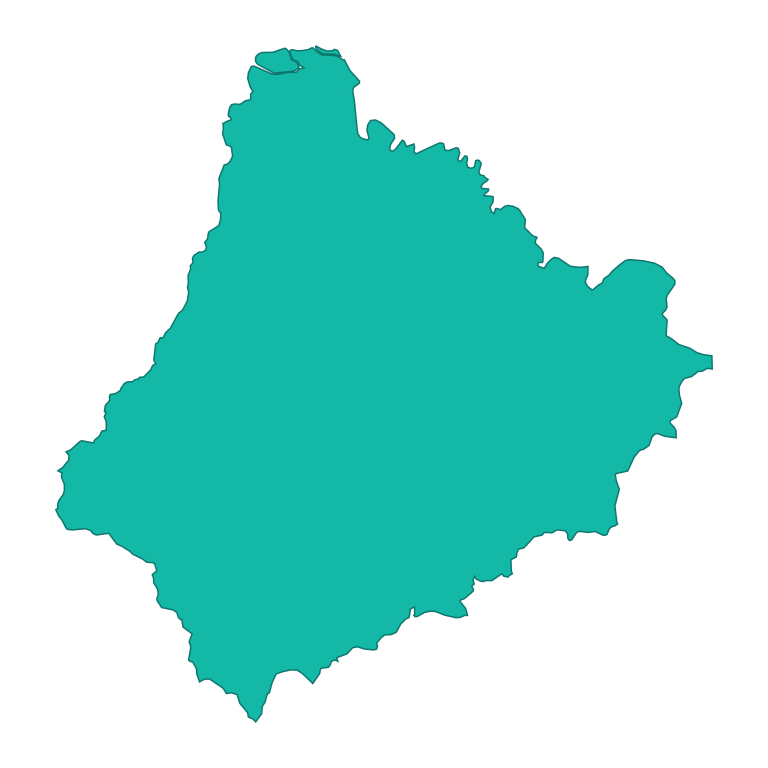 outline of Tosagua, Manabi, Ecuador
{"feature_id": "8360857B34654590669506", "entity_name": "Tosagua", "entity_type": "district", "adm_level": 2, "iso_a3": "ECU", "parent_name": "Ecuador", "parent_adm1": "Manabi", "projection": "albers", "projection_center": [-80.266, -0.776], "detail": "fine", "context": "isolated", "style": "filled", "palette": "teal", "viewbox_px": 768, "rotation_deg": 0, "n_neighbors": 0, "source": "geoboundaries", "source_scale": "gbopen_adm2", "svg_char_len": 6037}
<svg xmlns="http://www.w3.org/2000/svg" viewBox="0 0 768 768"><path d="M627.7,471.0L634.1,457.2L638.9,451.2L640.8,449.9L643.6,449.3L649.1,445.3L652.0,437.0L654.9,434.0L657.4,433.5L665.2,436.4L676.2,437.8L676.0,430.6L674.2,427.4L670.2,423.1L670.0,421.6L670.7,420.4L676.7,416.8L681.7,403.5L679.4,394.9L678.9,388.9L679.1,386.9L681.8,381.6L684.4,378.5L691.6,376.5L698.2,371.4L701.9,371.3L707.4,368.3L712.2,369.0L711.9,355.8L703.5,354.7L697.0,352.7L689.7,348.2L678.8,344.5L671.6,338.8L666.1,335.7L667.1,320.6L666.9,319.6L662.6,315.3L662.3,313.5L665.6,310.2L667.0,307.2L666.2,298.5L667.4,295.1L674.8,284.2L674.9,280.9L673.4,278.6L666.6,272.9L662.1,267.1L654.5,263.2L643.4,260.8L629.1,259.6L625.1,260.7L619.6,264.9L612.7,270.8L608.9,275.2L604.0,278.6L602.2,283.0L598.8,284.8L592.4,290.2L587.7,286.5L585.5,282.7L585.6,280.1L587.8,274.9L588.0,266.4L580.4,267.4L570.4,266.3L558.6,258.3L554.4,257.4L551.0,259.5L547.4,263.3L544.3,268.3L539.1,266.7L538.1,265.2L538.0,263.4L538.7,262.5L542.2,262.5L542.9,261.5L543.2,252.6L540.9,248.7L535.3,243.3L535.6,240.1L537.0,237.4L532.7,235.8L524.6,227.7L525.4,219.6L519.6,210.2L518.2,208.7L513.0,206.3L507.7,205.5L504.4,206.5L500.6,209.6L497.0,208.5L495.5,208.8L494.2,213.7L491.4,211.4L490.1,207.1L493.0,202.0L493.3,197.1L492.4,196.4L484.0,195.7L484.0,194.8L488.4,190.8L488.6,189.0L481.8,188.4L481.0,186.9L482.9,183.6L487.1,180.8L488.1,179.4L485.1,177.6L484.1,175.9L480.6,175.0L479.2,173.5L478.9,171.5L481.1,164.4L481.0,163.0L479.3,160.7L478.3,160.1L475.8,160.5L474.5,166.7L473.2,167.8L470.5,168.2L467.8,167.2L466.6,163.3L467.5,158.6L466.9,156.2L464.8,156.0L461.0,160.9L458.9,161.2L457.8,159.4L459.7,153.4L458.5,148.6L456.5,147.7L448.9,150.5L445.1,150.3L443.5,143.8L441.6,143.0L439.2,143.1L415.9,153.9L414.0,151.8L414.6,147.2L413.8,144.0L406.4,146.6L404.2,141.2L402.4,140.2L396.0,148.6L392.9,151.1L391.4,151.0L390.0,149.8L389.7,147.9L390.7,144.3L394.6,138.3L394.2,134.7L381.2,122.8L375.5,120.0L370.6,120.5L367.9,124.5L366.9,130.0L368.9,137.8L368.5,139.0L367.8,139.7L365.8,139.7L360.5,137.7L357.9,133.9L357.2,130.0L354.3,100.1L352.6,90.5L353.7,87.4L359.3,83.2L359.6,81.2L350.1,70.8L344.3,59.8L342.9,59.9L338.7,57.0L335.0,55.6L322.1,54.9L316.2,51.4L313.4,48.1L311.9,47.8L308.3,49.6L302.3,50.6L297.4,50.8L291.6,49.6L290.0,50.5L290.4,53.9L292.4,59.1L294.5,60.6L298.1,61.6L299.5,65.0L304.0,67.8L299.6,68.9L296.1,72.4L288.8,72.2L278.7,74.3L272.7,74.3L254.5,66.3L251.9,66.2L251.1,67.0L248.5,72.5L247.7,78.3L250.1,86.7L253.0,91.7L250.7,94.0L250.7,98.8L249.6,99.9L245.4,100.8L240.1,104.4L234.1,104.0L231.5,104.8L229.7,107.5L228.2,114.3L228.8,116.7L230.1,116.7L231.5,119.6L226.0,121.7L223.7,123.7L223.0,123.3L223.4,128.5L222.6,133.8L226.0,144.1L226.6,145.0L230.6,146.3L231.6,148.7L232.6,156.2L230.1,161.4L227.2,164.3L224.3,164.8L218.9,178.5L219.6,184.1L218.0,200.5L218.4,209.3L219.2,211.4L220.7,212.9L220.6,219.5L218.7,225.7L209.2,231.6L208.4,233.0L207.5,239.0L204.8,242.3L206.4,247.0L205.8,249.9L202.9,252.0L199.1,252.0L194.0,255.4L192.5,258.0L193.0,262.7L190.3,265.9L190.6,269.2L188.1,275.4L188.3,283.6L187.5,287.4L188.7,292.0L187.3,301.1L182.4,310.3L178.5,313.3L170.4,328.1L165.6,332.8L162.7,338.3L160.8,337.6L159.9,338.2L157.9,342.6L155.7,343.8L153.8,360.0L155.7,363.7L152.7,365.5L150.7,369.8L143.9,376.9L139.3,377.4L138.9,378.7L134.6,379.9L132.4,381.8L127.8,381.8L124.5,383.3L120.9,388.4L120.3,390.5L115.5,393.6L110.1,394.6L109.4,397.1L109.8,400.3L105.4,405.4L104.5,410.6L104.5,411.8L105.6,411.8L106.1,412.7L104.3,416.6L106.3,421.9L106.2,430.3L101.9,431.0L99.5,436.0L94.6,440.1L93.5,443.0L81.7,440.7L79.9,441.5L70.6,449.9L66.0,451.9L69.1,455.6L68.7,460.1L62.4,467.8L57.9,470.8L61.9,472.8L61.4,476.8L64.3,484.2L64.4,490.4L63.3,494.4L58.8,500.7L57.7,504.5L57.7,508.5L55.8,509.8L59.2,516.8L61.6,519.4L66.1,528.2L67.5,529.4L72.6,529.9L85.5,528.7L90.3,530.4L93.2,533.6L96.3,535.0L108.8,533.3L116.9,544.2L121.4,546.0L129.9,551.3L133.0,554.3L142.7,559.1L146.7,562.2L153.1,562.7L154.8,564.1L156.8,570.8L152.2,574.7L153.4,577.3L153.9,583.2L156.8,587.7L157.9,590.9L158.2,595.0L156.9,598.5L157.2,600.8L161.6,607.5L173.0,609.9L175.8,611.7L177.1,613.1L178.4,617.5L180.5,619.5L181.7,619.5L183.1,627.2L192.1,633.8L189.1,641.9L190.5,645.2L190.6,648.5L188.6,660.1L189.9,661.3L192.7,662.1L195.8,667.3L196.6,669.8L196.7,673.6L199.6,681.9L204.6,679.1L209.7,679.1L223.1,688.2L226.4,693.5L231.4,692.8L237.1,694.6L239.9,703.4L247.6,712.7L248.4,717.1L252.9,718.9L255.7,721.9L261.6,713.8L262.2,706.9L265.3,701.5L266.7,695.6L268.0,693.3L269.3,692.9L272.2,682.3L276.2,673.9L283.6,671.4L290.9,669.9L297.0,670.1L302.4,673.5L312.8,683.5L319.7,673.5L320.2,669.9L321.2,668.3L328.4,667.3L330.4,664.7L331.1,662.0L333.2,660.4L336.1,660.3L337.8,661.2L336.7,657.7L347.2,653.7L352.6,647.7L357.6,646.8L364.4,649.0L373.7,649.9L376.5,649.2L377.5,646.2L376.7,643.2L381.0,637.9L384.5,635.0L391.5,634.5L396.3,632.2L400.8,623.9L405.8,619.0L409.0,617.6L410.6,608.8L414.5,607.0L414.7,614.0L413.8,615.5L415.2,616.7L417.7,616.3L424.9,612.3L430.4,611.2L435.4,611.5L444.9,615.2L456.0,617.7L460.1,617.4L464.7,615.4L467.5,615.4L465.7,608.6L459.9,601.2L460.1,600.3L464.6,598.5L473.0,591.3L473.4,589.2L471.9,587.0L472.1,585.9L474.3,583.9L473.0,580.5L474.5,576.3L476.8,579.5L482.2,581.6L486.2,580.6L491.9,580.6L501.8,573.8L504.0,576.3L508.2,577.1L509.2,575.5L512.3,573.9L511.3,570.7L510.9,559.7L516.3,557.0L516.9,552.9L518.5,549.2L524.0,547.8L534.1,536.8L542.0,535.1L544.4,532.4L552.1,532.8L556.1,530.3L558.0,529.9L565.2,530.8L567.7,534.1L567.9,538.4L569.4,540.5L571.7,539.9L576.6,532.5L579.3,531.3L588.3,532.4L595.1,531.5L602.9,535.1L604.5,535.4L607.0,534.5L609.1,529.2L610.8,527.2L615.2,525.7L617.6,523.9L616.8,521.9L614.9,505.9L619.3,489.3L616.2,480.5L615.2,474.4L616.7,473.4L627.7,471.0ZM274.3,73.2L294.4,71.0L298.8,67.7L298.6,65.7L295.9,61.7L291.6,59.8L288.9,51.9L286.1,48.7L284.5,48.3L272.8,52.3L262.5,52.5L259.1,53.6L256.2,56.2L255.5,58.0L255.7,61.5L257.6,64.3L274.3,73.2ZM316.1,46.1L315.5,46.8L316.6,49.6L322.7,53.8L334.6,54.3L340.7,56.3L337.5,50.3L334.3,49.4L332.2,50.8L327.1,51.0L321.9,49.2L316.1,46.1Z" fill="#14b8a6" stroke="#0f766e" stroke-width="1.5"/></svg>